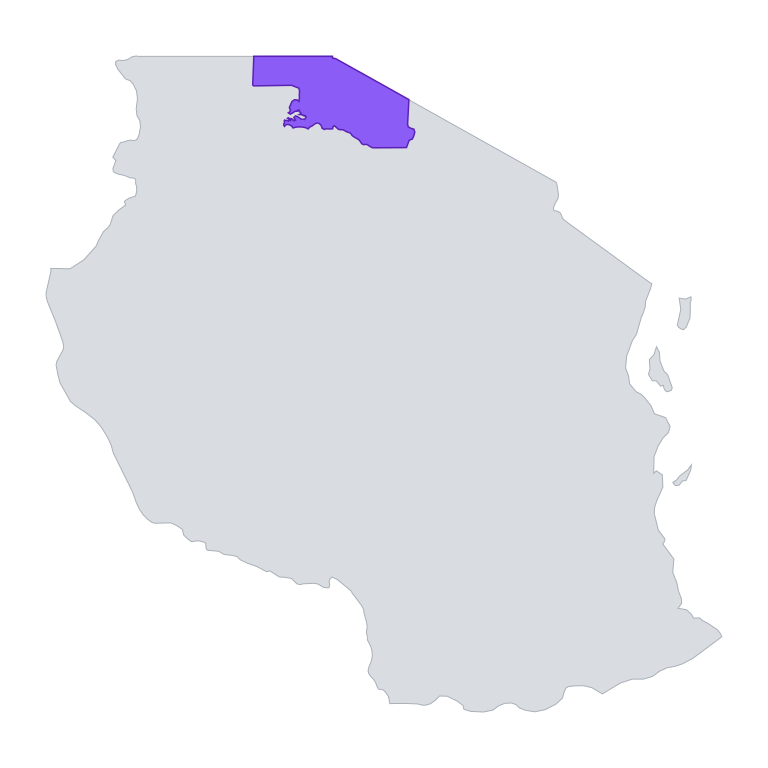 Mara on a map of United Republic of Tanzania (orthographic projection)
{"feature_id": "TZA-3394", "entity_name": "Mara", "entity_type": "Region", "adm_level": 1, "iso_a3": "TZA", "parent_name": "United Republic of Tanzania", "parent_adm1": "", "projection": "orthographic", "projection_center": [33.712, -1.747], "detail": "fine", "context": "in_parent", "style": "filled", "palette": "violet", "viewbox_px": 768, "rotation_deg": 0, "n_neighbors": 0, "source": "natural_earth", "source_scale": "10m", "svg_char_len": 5694}
<svg xmlns="http://www.w3.org/2000/svg" viewBox="0 0 768 768"><path d="M266.6,571.7L256.7,566.5L247.7,563.3L240.3,559.8L237.0,556.4L230.1,555.1L224.1,554.5L218.6,551.3L207.2,550.2L206.0,548.0L205.8,543.3L203.8,542.1L199.6,540.9L195.2,541.0L192.5,541.7L190.9,541.3L187.2,538.5L183.7,535.0L182.4,529.4L177.2,525.8L171.1,522.9L154.5,523.2L151.9,522.4L147.9,519.5L143.2,514.8L139.5,509.4L136.1,502.1L132.7,492.3L113.3,453.0L111.3,445.5L107.5,437.2L101.3,427.1L94.7,419.6L85.9,412.8L75.8,406.0L70.4,401.4L60.0,382.8L57.8,374.1L56.1,365.1L56.8,361.5L63.1,349.8L63.7,346.6L62.9,342.2L59.7,332.9L55.6,321.7L47.3,301.2L46.1,296.1L46.2,292.2L50.9,271.4L50.8,268.4L70.0,268.8L84.0,259.7L96.2,246.0L98.6,240.3L103.5,231.6L108.4,227.2L110.3,224.2L113.1,215.5L119.5,209.5L125.7,205.0L124.4,201.8L125.3,200.6L128.7,198.3L135.4,196.1L136.7,191.6L136.6,186.4L135.6,183.5L135.7,180.2L134.7,178.3L130.4,177.8L123.9,175.3L118.5,174.2L114.8,172.7L113.4,171.6L112.9,168.5L115.9,160.5L112.8,157.2L119.5,144.0L120.7,142.4L123.2,142.2L127.1,140.8L130.6,140.1L133.5,140.6L135.7,140.1L137.6,138.6L139.2,134.1L140.5,126.6L139.8,120.5L137.0,115.8L136.2,108.6L137.5,98.9L136.5,90.9L133.4,84.5L130.3,80.7L125.4,78.9L117.8,69.1L115.5,64.4L115.9,61.4L118.5,60.1L123.4,60.6L127.9,59.4L132.2,56.7L136.3,56.0L138.5,56.4L331.1,56.3L555.9,182.1L556.8,183.7L558.5,194.5L558.1,198.1L554.7,204.4L553.6,207.6L553.6,209.9L554.4,210.8L557.4,211.1L559.9,212.6L560.8,213.8L562.7,218.5L565.1,220.8L649.8,282.6L651.8,283.6L650.5,288.7L645.6,301.2L645.3,306.5L643.4,312.6L641.5,316.6L636.5,334.2L632.3,340.8L626.6,356.2L625.6,368.0L628.6,376.3L629.7,384.0L636.1,391.7L641.3,394.4L644.8,397.9L651.0,405.8L654.5,413.8L665.7,417.7L670.1,426.6L668.3,432.7L663.1,437.8L658.1,446.0L654.0,456.8L653.7,473.3L656.4,470.8L662.3,474.8L662.9,487.0L656.6,501.1L654.6,507.7L654.2,513.4L658.4,530.3L665.0,538.9L664.4,541.6L662.7,543.9L673.9,559.1L672.7,572.3L676.8,582.6L678.6,591.6L681.3,598.4L681.7,603.1L678.1,608.3L686.4,609.7L691.2,614.0L693.5,618.1L699.5,617.9L702.7,620.7L707.3,623.0L717.6,629.9L720.3,633.4L721.9,636.7L692.9,658.3L682.5,663.8L675.1,666.3L667.2,667.7L659.7,671.1L652.5,676.4L643.4,679.1L632.4,679.1L620.8,682.8L602.4,693.9L591.9,687.7L583.6,685.7L574.0,685.9L568.2,686.7L566.0,688.0L564.2,691.8L562.5,698.0L556.2,704.0L545.1,709.7L534.9,711.8L525.6,710.3L519.4,707.9L516.1,704.6L511.3,703.0L504.9,703.3L498.8,705.7L492.9,710.1L483.6,712.0L470.8,711.4L463.9,709.3L463.0,705.5L457.4,701.2L447.2,696.2L439.6,696.0L434.7,700.8L430.2,703.8L426.2,705.1L422.6,705.2L417.4,703.9L403.2,703.4L389.8,703.6L388.5,696.6L385.7,692.4L383.3,689.9L378.7,689.2L377.4,687.3L375.8,683.0L373.6,679.3L370.5,676.2L368.7,673.4L368.1,670.8L368.6,667.9L371.4,660.8L372.3,655.9L372.0,650.9L370.5,645.8L367.3,639.7L367.7,637.9L366.6,633.7L366.5,630.8L367.2,627.2L366.6,622.4L363.8,612.2L363.8,609.6L360.9,604.6L352.0,592.9L351.6,591.4L337.5,579.6L331.9,577.0L329.8,579.2L329.1,581.3L329.7,585.0L329.3,586.9L328.7,587.8L325.4,587.7L323.3,587.2L317.9,584.0L313.8,583.3L303.5,583.8L299.9,584.6L297.0,583.9L291.5,578.5L285.1,577.3L279.4,577.0L269.9,570.9L266.6,571.7ZM667.6,374.6L672.2,387.6L671.5,390.1L668.2,391.5L666.5,391.7L664.5,389.6L663.1,385.2L660.6,386.2L656.4,380.9L652.2,380.7L648.5,374.4L650.0,368.9L649.3,359.6L653.9,354.8L656.5,346.8L659.4,352.3L660.0,360.8L663.8,370.9L667.6,374.6ZM690.9,296.8L691.2,299.9L690.2,302.8L690.3,312.1L689.9,318.3L686.4,326.8L683.5,329.8L681.0,328.9L678.9,327.5L677.3,325.2L680.8,309.5L679.2,298.1L685.7,299.2L690.9,296.8ZM679.3,485.0L676.0,485.7L674.7,485.0L672.8,482.4L676.3,480.3L679.7,476.0L687.7,469.9L691.4,464.9L690.8,469.8L686.2,480.3L682.4,481.0L679.3,485.0Z" fill="#d9dde1" stroke="#a8b0b8" stroke-width="1"/><path d="M331.4,56.3L332.4,56.3L332.5,57.9L333.3,58.4L335.6,58.6L340.2,61.2L353.4,68.6L366.6,75.9L376.5,81.5L379.8,83.3L393.0,90.7L406.2,98.1L408.9,99.6L407.6,123.9L408.1,126.6L410.4,128.1L413.9,129.2L414.8,132.2L413.8,135.9L412.3,139.1L410.5,139.7L409.1,140.4L406.5,147.6L372.7,147.8L370.5,146.8L367.0,144.5L365.5,144.4L363.5,144.6L361.7,143.7L360.4,141.6L358.7,139.6L354.1,137.0L352.1,135.5L350.7,133.4L349.3,132.6L347.6,132.2L342.8,129.7L340.6,129.7L338.5,129.4L334.5,125.8L333.0,126.7L332.6,128.8L330.2,129.0L326.0,128.8L324.4,129.5L322.0,128.2L322.0,127.6L321.0,125.2L319.2,123.5L317.0,122.9L314.7,124.0L311.9,126.1L311.3,126.4L310.4,126.6L309.6,127.3L308.1,128.9L305.7,127.7L302.2,127.0L298.5,126.9L295.5,127.2L293.8,127.8L292.9,127.9L292.5,127.4L292.3,126.6L291.6,126.0L290.0,125.1L288.3,124.5L286.8,124.5L285.6,125.1L284.5,126.4L284.0,125.6L283.8,125.2L283.7,124.7L283.7,124.0L284.3,123.2L284.5,122.5L284.5,122.1L284.4,121.4L284.2,120.9L284.4,120.3L284.5,120.2L284.6,120.4L284.9,120.4L286.7,120.5L286.7,120.4L288.2,120.8L288.5,121.1L288.9,120.4L288.9,119.6L288.4,118.8L287.5,118.3L288.2,117.7L289.1,118.3L290.0,119.5L290.4,120.4L290.8,120.4L290.8,118.6L291.8,118.8L294.2,120.9L294.4,120.5L294.6,120.2L295.5,120.0L293.8,117.5L295.5,115.9L297.4,116.5L301.4,119.2L304.3,119.2L304.7,119.4L305.1,118.5L305.9,117.7L306.1,116.8L305.2,115.8L304.7,116.1L304.4,116.0L303.9,115.8L304.1,115.7L304.3,115.4L301.9,114.8L299.3,114.5L300.9,113.5L301.0,113.1L300.5,112.4L299.2,111.6L298.9,111.1L299.3,110.3L298.5,110.2L297.8,110.3L297.3,110.5L297.2,111.2L295.0,111.3L292.6,113.0L290.2,114.2L288.3,112.8L289.8,111.9L290.0,111.8L290.0,110.9L290.0,110.5L290.5,109.6L289.6,108.4L289.4,107.4L292.0,101.5L294.6,99.7L297.3,100.0L298.9,101.3L299.4,98.1L299.3,94.7L299.6,91.3L298.9,88.2L291.5,85.3L253.7,85.9L252.7,85.0L253.8,56.3L261.5,56.3L265.2,56.3L276.4,56.3L287.7,56.3L297.1,56.3L298.9,56.3L309.7,56.3L310.2,56.3L321.4,56.3L326.5,56.3L331.2,56.3L331.4,56.3Z" fill="#8b5cf6" stroke="#5b21b6" stroke-width="1.5"/></svg>